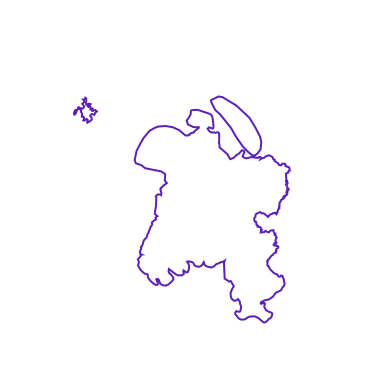 outline of Bua, Northern, Fiji, rotated 42°
{"feature_id": "14151628B59272471160482", "entity_name": "Bua", "entity_type": "district", "adm_level": 2, "iso_a3": "FJI", "parent_name": "Fiji", "parent_adm1": "Northern", "projection": "natural_earth1", "projection_center": [178.732, -16.793], "detail": "fine", "context": "isolated", "style": "outline", "palette": "violet", "viewbox_px": 384, "rotation_deg": 42, "n_neighbors": 0, "source": "geoboundaries", "source_scale": "gbopen_adm2", "svg_char_len": 6089}
<svg xmlns="http://www.w3.org/2000/svg" viewBox="0 0 384 384"><g transform="rotate(42 192 192)"><path d="M292.8,174.8L291.5,175.0L291.0,175.5L289.5,175.3L289.2,176.6L288.3,176.6L288.6,175.7L288.3,174.6L287.7,174.8L287.8,174.2L288.4,174.2L288.8,173.2L286.4,172.2L285.2,169.8L285.4,169.2L283.3,168.4L282.5,168.6L281.8,167.2L281.2,167.8L278.6,166.6L278.2,165.9L276.9,167.0L276.1,168.4L276.2,170.2L274.9,171.3L272.6,171.7L272.5,173.5L270.2,176.1L269.3,174.4L269.3,173.6L268.4,173.8L268.1,173.1L267.4,172.6L266.2,172.4L263.9,173.9L263.5,172.9L261.8,173.2L259.7,171.3L258.3,172.0L256.0,170.2L255.7,169.7L255.7,168.0L254.7,166.9L254.4,165.1L256.1,161.3L258.4,161.1L259.0,160.2L260.6,159.7L263.1,159.8L264.2,159.4L265.1,159.7L265.1,156.6L266.1,154.8L266.2,153.7L267.4,152.7L267.5,152.0L268.0,151.5L268.7,152.0L269.7,152.0L269.1,150.0L267.8,147.4L267.8,146.3L267.5,146.1L267.7,145.4L266.8,145.1L266.6,144.0L265.9,143.8L265.6,142.9L264.2,141.4L264.2,139.6L263.5,138.6L264.1,136.5L263.7,136.5L263.6,136.0L263.8,135.4L264.4,135.4L264.4,134.6L264.1,133.8L263.1,133.8L263.5,132.6L264.1,132.7L264.0,131.5L264.4,131.1L263.9,129.8L263.5,129.6L263.7,129.0L262.9,128.5L262.4,129.0L261.8,127.9L262.0,127.1L261.5,127.0L261.6,126.7L262.4,126.3L261.9,125.1L261.2,125.0L260.6,125.7L259.5,124.5L256.9,123.6L257.3,122.9L256.6,122.3L257.4,122.3L257.2,121.5L255.8,120.6L255.2,121.5L254.9,121.3L255.1,120.7L254.5,120.6L254.6,120.0L254.1,120.1L249.8,115.6L249.5,115.2L250.5,113.5L250.4,112.7L249.8,112.3L249.9,110.7L250.2,110.5L247.7,108.7L244.6,110.0L244.4,109.5L243.0,109.5L242.3,108.8L240.1,110.5L240.5,112.4L238.7,113.7L237.1,113.1L232.3,113.6L232.0,112.8L230.4,113.2L228.9,112.3L227.7,112.3L224.7,113.2L223.1,115.8L222.6,118.6L221.2,120.7L220.9,121.8L220.3,120.2L218.9,120.5L218.1,121.8L218.1,122.7L213.1,126.0L209.5,131.0L206.8,131.8L205.7,131.5L204.4,127.5L203.6,126.7L201.7,127.2L201.2,127.9L201.2,132.2L200.2,135.6L200.2,138.0L199.7,139.6L198.4,142.0L192.8,140.2L182.7,140.4L180.1,137.9L179.0,137.5L177.9,135.7L173.7,131.0L172.5,130.1L171.1,130.3L169.9,132.2L168.7,132.8L166.6,134.8L164.6,135.2L161.3,134.6L161.3,132.6L164.9,131.1L165.1,130.2L163.4,128.1L159.2,124.5L156.4,122.3L155.1,121.9L153.5,121.8L142.2,126.7L140.5,127.8L136.9,131.5L137.1,132.7L139.2,135.5L140.0,139.5L140.2,142.5L143.7,144.5L149.6,142.8L152.3,140.7L153.4,139.3L154.1,139.7L153.2,145.6L153.5,146.7L151.9,148.9L151.9,151.0L151.4,151.4L151.4,152.5L149.3,154.4L141.0,154.6L134.2,156.8L128.0,160.8L123.0,166.1L121.2,169.7L119.5,175.0L119.9,184.4L121.3,190.9L123.3,198.5L128.0,206.6L131.0,208.2L136.6,205.9L141.2,205.7L155.2,197.4L159.1,196.7L160.1,196.8L160.9,197.5L164.1,201.7L167.3,202.2L166.3,207.7L166.5,209.2L166.1,210.1L166.6,210.5L166.8,211.4L169.9,213.1L171.1,215.0L170.0,215.2L168.4,216.5L167.9,217.5L168.1,219.6L169.3,220.1L174.7,226.6L178.2,232.2L179.5,233.2L182.4,233.1L182.0,235.3L183.3,236.3L183.1,236.5L183.4,237.3L182.9,238.4L182.6,241.6L184.2,242.8L184.7,246.0L187.0,251.8L187.2,253.3L188.2,255.0L188.7,256.7L188.5,259.3L188.7,260.6L190.3,263.7L191.1,266.4L190.8,266.9L191.9,267.9L193.6,271.8L195.6,272.5L196.5,272.2L195.7,273.1L196.7,273.9L196.8,278.2L199.3,279.4L201.0,282.7L205.5,284.2L208.9,284.5L211.4,284.3L214.1,282.9L216.7,285.1L220.4,285.8L224.1,285.9L227.5,285.2L228.2,284.4L228.2,283.2L227.2,282.3L223.9,280.8L224.7,279.4L225.8,279.4L229.9,281.4L232.4,281.0L235.1,279.2L236.4,276.1L236.9,271.4L236.5,269.2L235.5,268.2L231.2,267.3L228.9,267.5L227.6,266.5L226.4,264.7L235.1,264.0L237.4,263.3L240.2,260.7L240.8,258.3L238.8,256.9L238.2,255.9L241.6,255.6L242.4,254.4L242.2,253.6L241.1,251.0L238.9,248.6L237.2,247.6L235.0,247.0L236.3,245.5L239.6,243.8L240.5,243.8L242.3,244.7L243.8,244.7L244.9,244.4L247.4,242.7L248.2,240.7L248.3,239.3L247.7,236.3L250.3,237.8L252.7,237.4L256.8,235.3L258.1,232.7L258.3,229.3L259.5,227.3L260.4,224.7L262.1,222.4L262.3,221.3L263.1,223.2L274.2,234.5L279.6,233.7L280.3,232.2L286.2,234.1L286.8,237.5L288.3,241.3L290.5,243.5L292.8,244.8L296.3,244.6L297.5,242.7L297.8,240.8L300.7,241.4L302.6,243.0L305.2,244.2L307.6,248.1L307.6,249.0L306.7,249.8L304.6,250.9L304.9,253.0L305.9,253.7L311.3,254.7L313.5,254.2L315.8,252.2L316.7,250.7L317.2,248.1L318.6,245.6L322.0,242.3L325.9,241.2L331.7,241.1L332.7,240.9L333.5,240.0L334.0,238.6L334.1,234.5L334.6,233.9L334.8,232.1L333.5,229.2L332.8,228.5L331.2,228.7L329.0,229.7L326.1,230.3L322.8,229.1L322.0,228.4L321.0,226.2L320.2,226.0L319.4,226.7L318.5,228.5L317.7,228.9L317.2,228.2L317.1,227.3L318.5,223.9L321.1,220.2L322.2,215.6L321.7,210.7L323.8,205.8L323.8,205.1L323.0,202.2L323.3,200.8L322.2,198.0L320.0,196.8L318.8,195.4L317.7,195.3L315.8,194.0L315.1,193.9L314.0,194.6L314.2,195.9L313.5,196.7L311.3,196.7L310.6,196.2L307.8,197.3L306.0,197.4L301.5,197.1L298.3,195.9L297.9,196.2L296.7,195.7L295.2,194.0L294.9,193.2L294.2,193.2L293.9,192.6L293.8,191.7L294.2,190.5L293.8,188.9L293.7,186.1L294.2,184.2L293.9,183.5L294.2,181.9L294.9,181.0L294.5,179.6L293.6,179.6L292.8,177.7L293.4,176.4L292.8,174.8ZM212.7,124.2L214.2,122.9L214.9,119.8L214.5,114.6L210.0,108.5L205.5,105.3L195.8,101.6L184.9,98.4L166.9,98.1L151.2,101.1L147.8,103.3L144.7,110.9L145.9,112.2L154.3,115.5L161.1,115.5L178.1,118.3L187.8,121.5L199.5,124.2L206.4,124.6L210.0,124.6L212.7,124.2ZM50.7,193.1L49.7,193.3L50.6,194.5L49.2,196.1L50.3,196.2L51.8,197.6L51.5,199.8L54.0,200.4L54.7,200.8L55.0,201.6L54.9,203.0L53.9,203.9L52.8,204.5L51.0,204.7L50.9,205.6L51.3,206.4L52.0,206.4L53.1,205.3L54.8,205.1L55.1,205.9L56.4,206.9L58.0,207.3L59.6,209.7L60.0,209.7L60.8,208.7L62.0,209.0L63.0,210.1L63.3,211.5L64.2,211.1L64.5,208.8L65.4,208.0L66.4,208.3L66.8,209.7L67.9,210.5L69.0,207.0L69.0,205.2L67.7,203.9L65.5,203.7L65.1,202.8L65.3,201.1L67.8,200.0L67.1,198.0L67.4,195.7L65.3,195.8L64.3,197.7L63.4,198.5L62.7,197.9L62.7,196.6L62.4,196.5L62.2,198.0L61.3,198.7L60.1,196.8L58.9,196.7L58.4,198.0L57.4,198.1L57.2,196.8L58.0,195.3L57.9,194.5L57.5,194.5L56.5,195.7L56.0,195.7L55.7,197.3L55.1,197.9L53.5,196.5L52.1,194.5L51.4,194.2L50.7,193.1ZM53.0,213.2L53.0,211.0L52.0,209.3L52.0,208.0L51.6,207.8L50.6,208.9L50.5,210.1L51.5,212.3L52.7,213.2L53.0,213.2Z" fill="none" stroke="#5b21b6" stroke-width="2"/></g></svg>